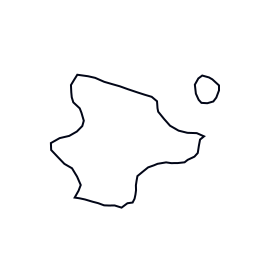 the district of Sadarak District, Şərur, Azerbaijan, rotated 34°
{"feature_id": "54616110B79964383852369", "entity_name": "Sadarak District", "entity_type": "district", "adm_level": 2, "iso_a3": "AZE", "parent_name": "Azerbaijan", "parent_adm1": "Şərur", "projection": "albers", "projection_center": [44.899, 39.696], "detail": "fine", "context": "isolated", "style": "outline", "palette": "ink", "viewbox_px": 256, "rotation_deg": 34, "n_neighbors": 0, "source": "geoboundaries", "source_scale": "gbopen_adm2", "svg_char_len": 1125}
<svg xmlns="http://www.w3.org/2000/svg" viewBox="0 0 256 256"><g transform="rotate(34 128 128)"><path d="M195.7,92.4L187.9,93.8L179.9,98.8L171.4,101.9L161.6,102.6L152.7,100.3L143.9,97.6L141.4,95.1L137.1,89.6L130.2,88.9L123.2,91.1L116.3,93.1L106.2,95.9L97.9,98.0L91.5,100.1L82.5,103.0L72.7,104.8L66.0,107.4L56.2,112.2L56.4,118.4L56.7,124.3L61.0,130.1L64.2,134.0L68.3,137.3L77.0,138.7L80.9,141.4L87.3,146.7L89.0,151.9L87.6,159.5L83.7,167.4L77.0,174.6L72.5,183.6L76.6,189.2L86.4,191.4L95.3,193.3L104.1,192.7L113.0,196.8L120.7,201.7L122.1,207.7L122.7,215.5L127.3,213.3L132.3,211.3L139.9,208.9L145.3,207.0L151.4,205.5L155.6,202.9L160.2,199.7L167.2,197.6L169.6,190.7L173.5,187.2L173.0,183.0L171.4,179.0L169.4,175.0L166.6,171.1L164.6,166.9L162.7,162.6L164.6,156.2L166.7,149.4L170.4,144.4L172.5,141.2L178.8,135.2L183.4,133.0L188.9,129.2L194.1,124.8L195.3,121.0L199.1,114.6L199.8,109.7L196.7,103.1L194.2,97.3L195.7,92.4ZM179.9,63.1L183.9,58.3L184.2,53.4L182.4,45.9L179.6,41.8L170.7,40.5L166.8,40.8L160.2,43.0L158.6,47.6L159.2,54.7L165.1,61.6L170.8,65.1L174.8,66.1L179.9,63.1Z" fill="none" stroke="#020617" stroke-width="2"/></g></svg>